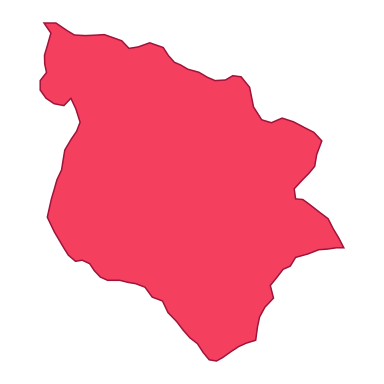 the district of João Monlevade, Minas Gerais, Brazil
{"feature_id": "56859067B65485925185002", "entity_name": "João Monlevade", "entity_type": "district", "adm_level": 2, "iso_a3": "BRA", "parent_name": "Brazil", "parent_adm1": "Minas Gerais", "projection": "equal_earth", "projection_center": [-43.162, -19.84], "detail": "fine", "context": "isolated", "style": "filled", "palette": "rose", "viewbox_px": 384, "rotation_deg": 0, "n_neighbors": 0, "source": "geoboundaries", "source_scale": "gbopen_adm2", "svg_char_len": 1371}
<svg xmlns="http://www.w3.org/2000/svg" viewBox="0 0 384 384"><path d="M104.3,34.6L94.4,35.2L85.1,35.6L74.4,35.0L66.6,30.3L55.9,23.0L44.0,23.0L50.9,33.1L47.5,45.1L44.5,55.2L44.7,63.9L46.5,72.5L40.2,80.6L40.2,90.1L46.1,98.3L54.1,103.7L63.9,105.6L70.9,98.3L75.8,108.7L80.1,122.2L76.6,131.3L71.2,139.2L64.8,150.0L63.2,159.5L61.6,169.8L56.9,179.9L54.1,189.8L51.3,199.3L47.3,217.2L54.4,232.0L64.1,248.4L68.3,255.1L75.5,261.3L82.2,260.2L89.7,263.7L94.4,270.8L100.4,277.1L107.6,280.3L119.7,280.3L128.2,282.4L135.8,283.7L145.0,287.2L152.2,297.1L162.5,301.0L168.0,312.6L176.7,321.6L183.3,330.3L189.9,337.8L197.4,343.6L203.1,352.4L209.2,359.8L216.5,361.0L222.9,357.4L230.7,351.8L238.6,346.6L246.1,343.2L255.7,340.2L257.5,326.8L259.6,316.9L264.9,307.2L273.5,298.1L270.3,285.5L277.1,277.1L283.1,269.3L290.3,266.1L295.6,257.4L307.8,254.0L318.8,249.7L327.4,249.1L336.3,247.8L343.8,247.8L338.8,238.1L333.1,228.6L328.1,218.7L319.2,212.0L309.2,204.2L302.8,199.5L295.6,198.9L294.2,188.8L302.0,180.3L309.2,173.0L314.7,166.3L316.7,154.5L321.8,140.9L313.8,132.3L304.5,127.6L293.5,121.8L282.1,118.1L271.4,122.7L261.7,119.8L253.5,106.9L249.6,87.3L241.1,76.8L232.8,75.7L225.4,80.0L215.0,80.6L207.2,77.2L199.0,72.3L187.8,69.2L180.5,64.9L174.4,62.3L168.5,55.7L163.2,47.5L149.7,42.8L138.2,46.9L129.0,48.4L121.8,40.8L115.1,38.4L104.3,34.6Z" fill="#f43f5e" stroke="#9f1239" stroke-width="1.5"/></svg>